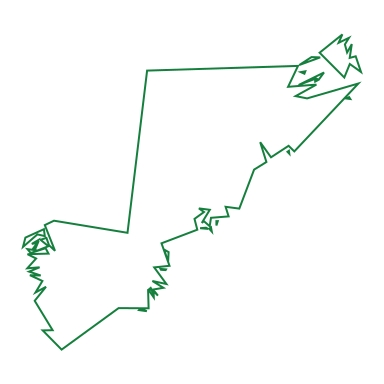 the border of Kommuneqarfik Sermersooq
{"feature_id": "GRL-2739", "entity_name": "Kommuneqarfik Sermersooq", "entity_type": "state/province", "adm_level": 1, "iso_a3": "GRL", "parent_name": "Greenland", "parent_adm1": "", "projection": "orthographic", "projection_center": [-36.556, 66.454], "detail": "medium", "context": "isolated", "style": "outline", "palette": "green", "viewbox_px": 384, "rotation_deg": 0, "n_neighbors": 0, "source": "natural_earth", "source_scale": "10m", "svg_char_len": 1862}
<svg xmlns="http://www.w3.org/2000/svg" viewBox="0 0 384 384"><path d="M298.0,65.9L288.1,86.8L316.4,84.6L295.6,96.1L307.1,98.4L358.4,83.5L294.3,151.4L288.6,145.8L271.0,157.3L260.2,142.2L266.4,162.0L254.1,169.6L239.3,208.6L225.6,206.8L228.6,216.4L211.0,217.8L209.7,226.2L203.9,221.2L201.8,222.9L209.8,209.8L198.9,208.4L204.0,212.0L194.5,218.9L197.3,229.7L161.5,243.3L169.5,265.8L154.2,267.4L166.4,284.0L152.4,281.0L163.4,287.8L152.2,289.7L155.0,291.9L157.9,295.6L154.4,292.0L152.8,291.6L150.7,287.9L148.1,290.1L148.6,308.3L118.6,308.1L61.6,349.6L42.7,330.4L52.6,330.2L34.7,300.8L46.0,286.8L35.5,292.5L42.4,281.0L29.9,275.2L40.7,275.5L29.1,271.6L39.6,267.3L27.3,268.3L36.1,258.5L27.5,254.2L48.5,253.6L45.6,248.2L30.7,253.0L27.4,249.1L37.5,250.5L48.4,246.2L40.5,239.8L46.4,237.9L49.0,245.2L55.0,250.8L44.8,225.1L54.0,220.7L127.5,232.8L147.1,70.6L298.0,65.9ZM342.4,34.4L338.6,42.8L349.0,37.8L344.9,44.4L347.1,52.5L351.8,44.1L349.7,57.9L355.7,56.3L361.0,72.0L349.8,64.0L344.3,77.5L319.6,52.7L342.4,34.4ZM324.0,72.5L318.7,79.7L316.1,78.5L298.6,85.0L324.0,72.5ZM311.5,57.1L320.2,57.4L299.3,65.0L311.5,57.1ZM43.9,229.2L44.8,236.1L37.4,234.4L23.0,246.9L25.4,237.6L43.9,229.2ZM200.1,228.2L206.0,227.7L208.2,228.9L200.1,228.2ZM168.6,252.1L168.1,261.8L164.2,249.6L168.6,252.1ZM153.7,294.0L153.8,297.5L148.6,290.0L151.0,289.5L153.7,294.0ZM38.7,240.9L35.3,248.9L33.0,248.7L38.7,240.9ZM304.4,73.7L300.8,72.1L305.3,71.3L304.4,73.7ZM140.6,308.5L146.8,311.2L139.1,310.1L140.6,308.5ZM36.4,243.1L31.8,243.9L38.1,240.2L36.4,243.1ZM160.5,268.9L166.0,269.4L165.6,270.1L161.0,269.8L160.5,268.9ZM346.4,98.5L349.1,97.1L350.3,99.0L346.4,98.5ZM288.9,150.8L289.3,153.7L287.5,151.8L288.9,150.8ZM216.4,225.5L216.4,221.1L217.8,221.1L216.4,225.5ZM211.0,227.4L211.8,231.6L209.3,228.8L211.0,227.4ZM315.1,80.6L318.0,80.1L315.2,81.6L315.1,80.6Z" fill="none" stroke="#15803d" stroke-width="2"/></svg>